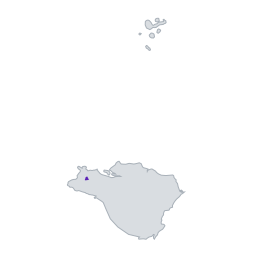 Olmedo, Loja, Ecuador (highlighted), rotated 92°
{"feature_id": "8360857B52842084274578", "entity_name": "Olmedo", "entity_type": "district", "adm_level": 2, "iso_a3": "ECU", "parent_name": "Ecuador", "parent_adm1": "Loja", "projection": "equal_earth", "projection_center": [-79.604, -3.94], "detail": "fine", "context": "in_parent", "style": "filled", "palette": "violet", "viewbox_px": 256, "rotation_deg": 92, "n_neighbors": 0, "source": "geoboundaries", "source_scale": "gbopen_adm2", "svg_char_len": 4191}
<svg xmlns="http://www.w3.org/2000/svg" viewBox="0 0 256 256"><g transform="rotate(92 128 128)"><path d="M238.2,97.8L237.4,98.5L235.6,98.8L234.2,98.1L233.6,98.1L233.5,98.8L235.4,100.4L236.3,103.3L237.6,105.1L238.5,106.0L238.5,106.6L238.3,107.8L238.2,108.8L238.7,113.2L238.4,113.5L237.3,113.5L236.5,112.7L234.3,123.7L227.3,134.7L219.4,142.5L210.2,147.0L203.4,150.1L202.4,151.3L199.1,156.8L198.9,157.3L199.4,158.3L199.4,158.9L198.9,159.2L198.5,159.3L198.3,159.0L198.2,158.3L197.7,157.7L197.2,157.5L196.9,157.6L196.9,158.2L196.2,161.2L196.1,162.7L195.9,163.2L195.9,164.5L195.2,165.7L194.7,167.7L194.1,168.3L193.4,171.4L192.4,174.5L192.3,175.5L192.6,176.3L192.7,176.9L192.3,178.8L189.9,180.6L189.3,181.5L189.1,182.6L189.2,183.4L189.1,184.2L188.4,184.4L187.6,186.2L187.0,186.6L185.5,186.0L184.4,186.0L183.6,185.4L181.9,182.5L181.3,180.7L181.1,178.4L179.5,176.8L177.3,177.2L176.7,176.7L175.1,175.7L173.7,174.5L172.7,174.0L171.9,174.2L170.6,176.1L169.4,177.0L168.9,177.0L168.1,176.4L168.0,175.7L169.8,172.4L168.5,172.3L168.0,171.6L167.9,170.7L167.7,169.8L168.0,168.8L168.7,168.2L169.8,168.6L170.5,168.7L171.0,167.6L172.0,166.9L172.2,166.4L171.6,164.7L171.5,163.8L171.7,163.3L171.6,161.6L171.3,160.9L171.3,159.9L171.0,159.4L170.9,158.1L170.2,157.5L172.4,156.3L173.2,155.4L174.2,154.6L175.1,153.3L175.6,152.1L177.0,146.4L178.2,142.8L178.0,141.1L177.0,138.7L176.7,135.3L176.8,134.3L176.7,133.5L176.0,134.9L176.2,139.9L175.6,142.2L174.7,142.8L174.2,142.4L174.5,138.7L173.9,139.3L172.9,141.9L171.2,143.7L171.1,144.3L170.7,145.1L169.5,144.4L168.5,143.6L165.3,139.5L163.3,138.6L162.0,137.1L161.7,136.5L161.6,135.7L162.9,134.8L164.2,133.6L164.3,131.1L164.3,129.0L163.3,125.6L163.8,121.0L163.5,119.3L162.4,115.5L163.2,113.6L166.2,112.2L167.1,111.3L167.8,108.3L168.4,106.5L169.7,107.3L170.8,107.2L169.4,106.5L168.3,103.8L168.1,102.6L170.2,98.9L171.4,98.0L172.8,96.0L174.0,93.1L174.2,88.4L173.8,85.1L173.4,81.6L174.1,80.7L175.9,80.3L177.3,79.1L178.1,78.1L179.8,78.2L181.8,76.6L185.0,75.8L189.4,74.0L190.4,72.3L190.0,69.4L191.6,71.2L192.4,72.6L194.7,74.1L197.3,76.9L199.1,78.3L201.1,79.6L203.9,80.9L205.6,80.7L206.3,82.7L206.9,83.4L208.6,84.1L208.7,84.3L209.3,88.2L209.7,88.7L211.1,89.3L212.8,89.6L213.5,89.4L215.0,90.5L217.4,91.4L218.2,91.5L218.6,91.3L218.7,91.0L219.4,91.0L220.4,91.5L221.9,91.6L222.8,91.2L223.0,89.0L223.3,88.5L224.3,87.7L224.9,87.9L227.6,89.6L228.2,90.2L228.9,91.4L230.2,93.2L231.6,94.3L233.7,94.8L235.8,96.6L238.2,97.8ZM22.5,95.4L23.3,96.6L23.8,100.0L26.5,103.5L26.8,105.4L26.6,106.4L26.7,106.7L28.0,108.1L28.9,109.6L27.4,113.0L24.4,114.4L21.2,114.4L20.5,114.0L19.6,112.7L19.5,111.5L20.0,110.4L21.7,108.7L24.2,107.2L24.5,106.1L23.5,104.9L22.8,102.7L21.2,101.1L20.4,96.3L19.8,96.1L18.7,96.7L18.2,96.2L18.1,95.9L19.3,94.8L19.5,94.0L21.3,93.6L22.0,94.2L22.5,95.4ZM35.1,109.9L34.4,110.0L32.3,108.2L32.5,106.5L33.3,105.3L36.0,104.7L37.2,105.8L37.1,107.9L36.1,109.4L35.4,109.7L35.1,109.9ZM172.8,149.9L172.5,150.6L171.3,150.6L170.9,150.3L171.2,147.0L171.6,145.9L172.6,144.9L173.5,144.4L174.6,144.5L175.8,145.4L174.4,147.1L173.3,147.6L172.8,149.9ZM20.4,104.3L19.1,104.6L17.9,104.0L17.4,103.0L17.3,101.6L17.4,101.1L20.0,100.5L20.8,101.8L20.8,103.5L20.4,104.3ZM47.5,112.5L45.9,113.2L45.0,112.5L44.9,112.1L45.8,110.9L46.7,110.3L47.4,109.0L48.9,108.3L49.3,108.4L49.5,108.7L49.7,109.1L49.2,110.2L48.3,110.9L47.5,112.5ZM31.9,102.0L31.3,102.5L28.7,101.9L27.9,100.8L28.6,99.4L29.1,98.8L30.6,99.3L32.2,101.0L31.9,102.0ZM34.0,120.3L33.4,120.3L32.7,119.5L33.2,118.1L34.3,118.8L34.6,119.4L34.0,120.3ZM189.3,73.1L188.5,73.3L188.2,72.4L189.1,71.4L189.4,71.2L189.3,73.1Z" fill="#d9dde1" stroke="#a8b0b8" stroke-width="1"/><path d="M180.6,166.4L180.5,166.5L180.4,166.5L180.2,166.6L180.2,166.8L180.2,166.7L180.2,166.8L180.0,167.0L179.9,167.0L179.9,166.9L179.7,166.9L179.4,166.9L179.2,166.9L179.1,166.7L179.1,166.8L179.1,167.0L179.0,167.3L178.9,167.3L178.9,167.5L179.0,167.5L179.2,167.8L179.3,167.9L179.3,168.0L179.5,168.1L179.7,167.9L179.8,167.9L179.9,168.0L180.0,168.0L180.3,168.1L180.5,168.1L180.8,168.3L180.9,168.5L181.0,168.5L181.0,168.4L180.9,168.2L180.8,167.9L180.8,167.7L180.9,167.4L180.8,167.2L180.7,167.1L180.7,166.9L180.7,166.7L180.6,166.4Z" fill="#8b5cf6" stroke="#5b21b6" stroke-width="1.5"/></g></svg>